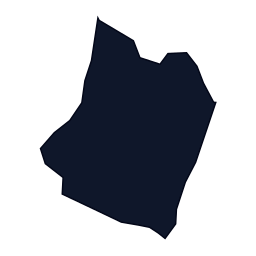 the district of Suseong-gu, Daegu, South Korea, rotated 273°
{"feature_id": "91817680B49679347075852", "entity_name": "Suseong-gu", "entity_type": "district", "adm_level": 2, "iso_a3": "KOR", "parent_name": "South Korea", "parent_adm1": "Daegu", "projection": "natural_earth1", "projection_center": [128.666, 35.83], "detail": "fine", "context": "isolated", "style": "filled", "palette": "ink", "viewbox_px": 256, "rotation_deg": 273, "n_neighbors": 0, "source": "geoboundaries", "source_scale": "gbopen_adm2", "svg_char_len": 517}
<svg xmlns="http://www.w3.org/2000/svg" viewBox="0 0 256 256"><g transform="rotate(273 128 128)"><path d="M236.3,92.2L193.3,88.0L173.0,82.5L150.8,80.6L132.4,69.5L119.5,54.7L102.9,41.7L88.1,47.3L75.2,65.8L58.6,65.8L48.1,91.4L33.7,126.2L31.6,143.9L30.0,154.7L24.9,163.5L19.7,170.8L34.7,180.6L49.4,180.6L77.0,188.1L97.3,197.3L158.1,214.3L158.2,212.1L176.7,201.0L193.3,193.6L206.2,182.5L204.4,164.0L193.3,156.6L198.8,136.2L215.4,128.8L233.9,93.6L236.3,92.2Z" fill="#0f172a" stroke="#020617" stroke-width="1.5"/></g></svg>